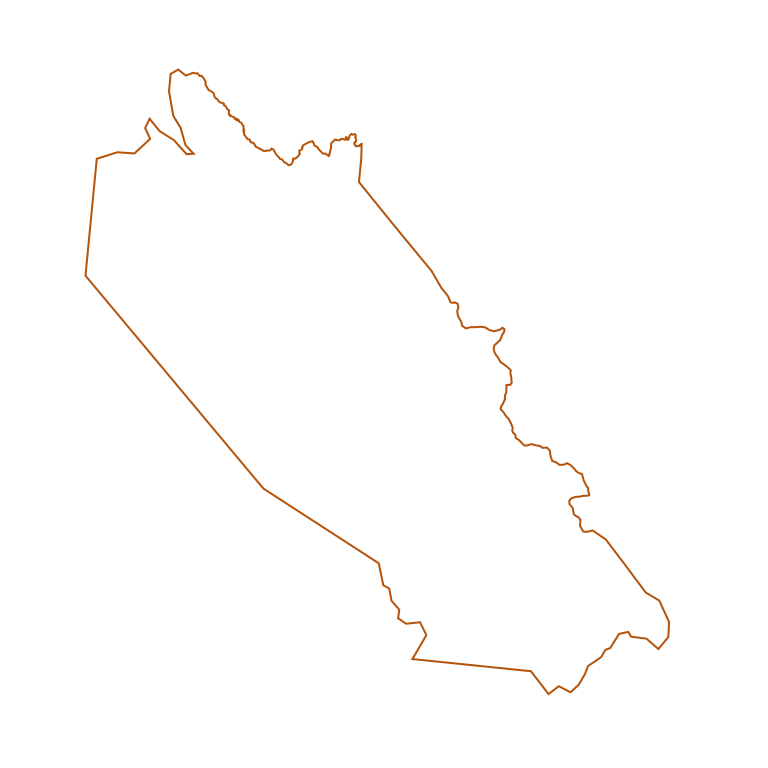 San Benito, California, United States of America (Albers equal-area conic projection), rotated 186°
{"feature_id": "52423323B5435817984489", "entity_name": "San Benito", "entity_type": "district", "adm_level": 2, "iso_a3": "USA", "parent_name": "United States of America", "parent_adm1": "California", "projection": "albers", "projection_center": [-121.114, 36.593], "detail": "fine", "context": "isolated", "style": "outline", "palette": "amber", "viewbox_px": 768, "rotation_deg": 186, "n_neighbors": 0, "source": "geoboundaries", "source_scale": "gbopen_adm2", "svg_char_len": 3950}
<svg xmlns="http://www.w3.org/2000/svg" viewBox="0 0 768 768"><g transform="rotate(186 384 384)"><path d="M74.8,162.1L75.6,177.0L87.5,197.3L101.8,203.9L123.6,227.4L126.0,230.1L147.1,252.5L161.2,260.2L164.6,258.9L168.4,257.9L170.5,258.2L174.2,263.5L174.4,269.4L176.6,271.8L179.0,272.6L181.6,274.3L182.5,277.5L183.5,280.5L187.0,284.0L187.6,287.2L185.9,289.7L182.8,291.3L180.7,292.1L178.7,292.1L177.1,292.7L173.2,293.8L170.8,294.0L168.3,294.8L168.6,296.7L169.8,299.0L170.1,302.0L172.2,303.8L173.8,306.7L175.1,308.5L176.1,310.9L177.6,315.1L181.1,315.9L183.6,317.3L185.9,319.6L189.6,322.6L193.6,324.4L196.2,322.7L200.9,321.9L204.8,324.1L208.7,325.1L210.9,330.0L212.1,335.0L215.1,337.8L219.8,337.1L221.9,338.5L225.5,338.8L229.3,339.3L231.5,339.6L234.5,338.1L237.6,337.4L239.8,338.9L243.5,342.1L247.2,344.0L248.2,347.5L250.5,349.0L251.7,351.4L251.2,353.2L253.2,357.5L256.2,362.1L259.1,364.6L262.6,368.8L265.5,371.3L265.1,374.2L264.0,375.9L262.2,381.3L262.4,386.0L261.4,388.6L261.8,391.5L261.8,393.4L262.1,395.8L260.2,396.2L258.3,396.4L257.1,398.8L257.5,400.3L258.0,403.1L258.6,405.5L259.4,407.3L259.4,410.9L262.6,413.5L266.7,416.0L270.4,418.0L273.3,422.2L276.0,424.9L277.4,427.1L278.5,430.0L278.4,433.8L275.8,436.8L273.0,440.0L271.8,444.7L269.9,448.6L270.0,451.2L272.2,452.3L273.1,451.0L277.3,448.9L280.1,448.0L284.8,448.6L289.3,450.9L294.3,451.0L298.4,450.1L304.0,449.5L307.1,448.3L308.5,447.9L312.4,450.1L313.6,453.7L317.4,459.1L318.8,463.7L318.1,468.2L319.1,471.5L322.1,472.6L323.5,471.9L326.4,472.2L329.3,477.7L333.7,482.4L336.7,485.2L348.6,501.5L379.5,531.8L392.9,545.1L430.0,582.2L430.2,606.0L431.3,620.4L432.0,620.2L432.9,619.3L432.9,618.4L433.8,617.9L435.0,618.0L436.9,617.6L438.4,619.4L438.8,620.1L438.3,621.5L437.7,621.6L437.2,622.9L437.3,624.5L438.5,626.4L437.9,627.7L438.8,629.4L439.5,629.3L441.6,628.6L442.5,629.2L443.4,628.5L444.1,627.1L444.7,624.9L445.2,623.1L446.0,623.0L446.4,623.9L446.4,624.6L446.9,625.4L447.6,625.5L447.8,624.5L447.8,623.7L448.7,622.8L450.0,623.4L452.1,623.4L453.4,621.9L455.7,621.6L458.3,621.9L459.8,620.0L461.7,617.8L461.4,613.3L462.0,608.8L462.4,605.9L463.0,605.0L463.9,606.0L465.2,606.3L466.9,607.1L469.0,606.7L470.3,608.0L473.1,610.3L475.3,612.8L477.9,613.7L479.3,616.4L480.6,618.0L483.8,616.7L485.8,615.4L489.1,613.2L490.2,610.9L489.7,610.2L490.4,608.5L491.8,607.7L492.6,607.4L492.5,605.9L491.8,604.2L493.7,600.8L495.9,598.8L497.8,598.8L497.9,595.7L499.2,592.6L501.7,591.6L504.2,593.3L506.8,594.4L508.8,596.7L510.7,596.9L512.6,598.7L515.1,600.8L517.7,604.6L518.7,605.8L520.5,606.3L521.0,605.2L522.8,604.0L524.7,604.1L526.3,603.2L528.6,603.3L530.6,604.4L533.2,605.3L535.1,606.2L536.4,606.6L537.8,608.8L539.1,610.0L540.3,610.5L541.2,610.2L542.4,611.0L542.3,611.7L543.3,613.1L545.2,613.2L547.7,615.9L549.3,617.8L549.4,619.6L550.1,620.1L550.2,620.9L550.0,620.7L549.5,621.6L550.1,622.8L550.8,625.9L552.0,627.2L553.0,628.8L554.9,629.4L555.8,630.2L555.9,631.1L556.4,631.1L556.9,630.8L557.5,631.3L557.4,631.5L557.3,632.0L558.2,632.3L558.1,631.9L558.4,631.2L560.1,632.3L561.2,633.7L563.0,634.1L564.5,634.5L564.7,635.2L565.4,635.6L565.8,635.2L566.6,636.3L566.5,637.6L566.7,640.0L568.5,640.9L570.3,643.6L572.5,644.7L572.5,646.0L574.3,646.8L576.0,646.7L578.0,647.9L579.4,649.6L582.2,651.3L584.0,655.7L585.9,656.7L589.3,658.2L592.7,662.8L593.0,665.9L595.6,669.6L597.8,671.5L599.5,671.0L601.9,673.5L604.8,673.2L606.3,673.6L613.3,670.0L621.5,675.2L628.6,670.1L628.4,652.5L621.6,628.7L613.0,617.4L606.4,600.8L597.4,593.1L604.3,591.9L618.6,604.7L633.4,611.9L644.8,623.3L648.3,613.6L642.2,603.3L656.3,587.2L673.4,586.6L693.2,578.0L692.2,460.5L501.7,275.8L492.8,267.3L370.4,205.1L363.7,183.8L357.4,181.1L353.9,169.3L345.2,161.1L345.5,152.5L337.0,147.9L323.2,150.8L315.6,138.7L327.0,113.4L207.8,113.7L188.0,92.8L178.6,101.7L166.3,96.9L158.9,105.2L153.7,116.8L151.6,124.8L139.4,135.2L136.1,142.7L131.4,145.1L124.1,160.0L115.2,163.0L111.7,158.5L96.4,158.2L83.4,149.1L74.8,162.1Z" fill="none" stroke="#b45309" stroke-width="2"/></g></svg>